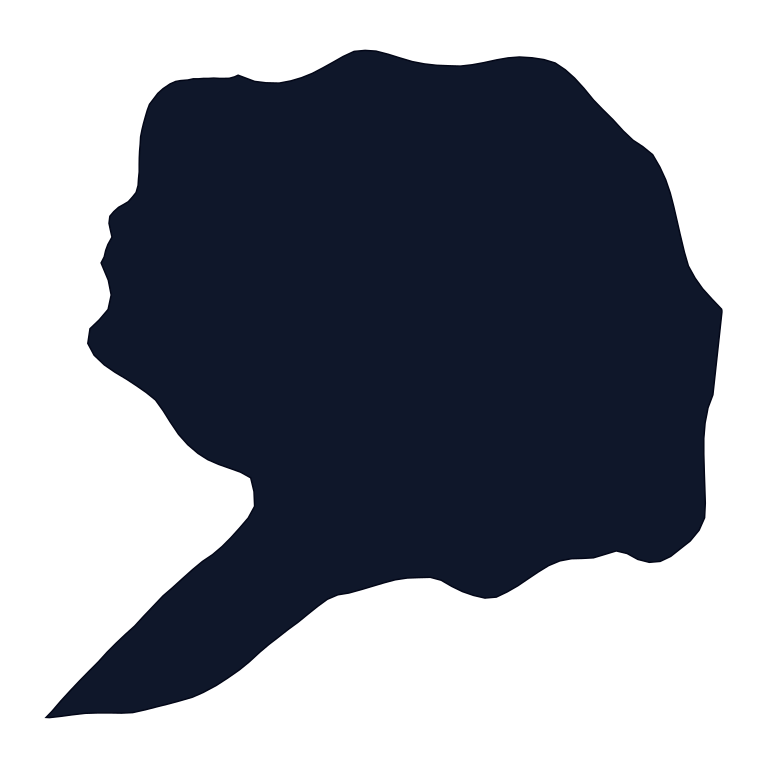 Al Maflahi, Lahij, Yemen (Equal Earth projection)
{"feature_id": "15242507B25338309738569", "entity_name": "Al Maflahi", "entity_type": "district", "adm_level": 2, "iso_a3": "YEM", "parent_name": "Yemen", "parent_adm1": "Lahij", "projection": "equal_earth", "projection_center": [45.119, 13.783], "detail": "fine", "context": "isolated", "style": "filled", "palette": "ink", "viewbox_px": 768, "rotation_deg": 0, "n_neighbors": 0, "source": "geoboundaries", "source_scale": "gbopen_adm2", "svg_char_len": 2814}
<svg xmlns="http://www.w3.org/2000/svg" viewBox="0 0 768 768"><path d="M174.3,82.1L170.1,83.9L163.0,88.7L157.8,93.4L154.0,98.4L149.5,104.3L147.3,110.2L145.3,117.0L144.3,120.6L143.5,123.5L142.0,129.7L140.6,136.8L140.2,144.2L139.6,150.9L139.3,157.7L139.2,164.5L139.2,171.9L138.5,178.9L138.1,185.4L136.1,192.5L132.5,197.0L128.3,201.7L123.8,204.4L118.6,207.3L113.9,211.5L109.9,216.2L109.7,217.4L109.0,223.3L110.4,230.0L112.0,237.1L107.9,244.5L105.7,250.4L104.2,256.9L101.1,262.9L101.7,264.4L108.3,280.2L111.2,295.0L108.1,309.4L104.3,313.9L99.0,320.1L90.0,328.7L87.8,343.4L94.1,355.2L104.3,364.9L114.9,372.2L120.4,375.5L126.1,378.9L136.0,385.4L146.1,392.4L155.5,400.0L163.1,410.6L170.3,422.1L178.6,434.4L187.8,444.7L198.0,453.4L203.6,457.0L207.9,459.7L218.7,464.4L229.2,468.1L240.4,472.1L250.7,477.8L254.0,491.6L254.6,506.3L248.1,518.2L247.0,519.4L239.1,528.6L230.6,538.0L222.0,546.6L212.6,554.6L202.5,561.4L192.7,569.5L182.4,578.7L172.4,587.8L163.0,595.9L153.8,605.6L143.6,616.3L134.6,626.1L125.5,634.3L116.4,642.9L107.2,652.1L98.3,661.9L89.1,671.1L79.5,680.9L70.6,690.3L60.8,701.0L51.9,711.4L46.1,717.4L49.4,717.6L61.1,716.3L72.1,714.8L85.2,713.3L98.5,712.9L109.4,712.9L109.5,712.9L121.5,713.1L132.7,712.6L145.2,709.8L156.8,706.8L168.9,703.8L180.3,700.7L192.6,697.1L203.3,692.4L216.5,685.3L227.6,678.1L239.5,669.8L249.3,661.8L259.6,652.3L268.7,644.6L278.3,637.2L287.7,629.8L298.2,622.1L308.0,614.1L317.6,606.4L327.3,599.3L337.8,594.8L348.9,593.0L361.9,589.4L372.9,586.1L384.0,582.8L395.2,579.8L407.3,578.0L418.2,577.6L430.3,577.3L441.1,580.2L451.8,586.4L462.5,591.6L473.5,595.4L485.1,598.1L485.4,598.0L496.3,597.1L507.0,592.0L517.8,585.8L527.8,579.0L537.9,572.2L548.6,565.6L559.8,560.9L571.4,558.7L582.4,558.4L593.5,557.8L604.5,554.5L616.3,550.9L616.6,551.0L627.1,553.5L637.8,559.4L649.2,562.3L649.5,562.3L660.2,561.4L670.7,556.4L680.3,548.8L690.3,540.9L699.1,530.2L704.6,517.8L705.3,503.1L704.8,487.5L704.3,472.7L703.8,454.1L703.8,438.5L705.1,422.9L706.8,414.3L708.0,407.8L712.9,394.8L721.9,312.2L721.9,310.7L721.6,309.2L711.8,298.9L702.6,288.7L695.1,278.1L688.4,266.0L684.4,252.2L680.8,237.2L680.1,234.3L677.4,222.4L673.8,206.8L672.1,200.1L670.2,192.9L665.7,179.7L659.9,167.1L652.7,154.7L643.0,146.8L633.0,140.2L623.3,131.0L613.0,119.7L602.3,109.1L593.5,100.0L583.9,88.3L574.5,78.0L565.3,69.8L555.2,63.0L544.0,59.6L532.2,57.8L519.4,57.0L508.0,57.9L497.0,59.8L483.6,62.7L472.0,64.8L460.4,66.1L449.2,65.8L436.6,65.3L424.3,63.9L412.3,61.6L399.5,57.8L388.3,54.3L376.0,51.1L365.1,50.4L354.1,51.4L343.1,56.5L333.1,62.2L323.0,67.8L312.3,73.4L301.6,77.7L290.8,80.9L279.2,83.1L266.0,82.8L254.6,81.4L238.1,75.2L234.7,76.8L229.3,78.3L224.4,78.4L220.5,78.4L219.2,78.4L213.8,78.1L208.6,78.4L203.7,78.4L198.5,78.8L193.3,78.8L187.9,80.0L180.5,80.6L175.5,81.5L174.3,82.1Z" fill="#0f172a" stroke="#020617" stroke-width="1.5"/></svg>